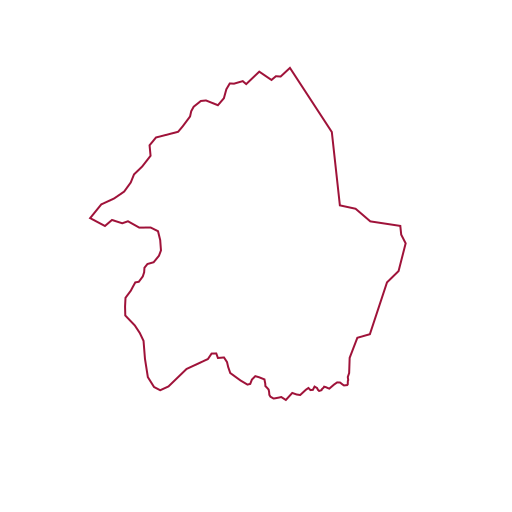 Villa del Carmen, Durazno, Uruguay (Equal Earth projection), rotated 220°
{"feature_id": "84410073B65013252614734", "entity_name": "Villa del Carmen", "entity_type": "district", "adm_level": 2, "iso_a3": "URY", "parent_name": "Uruguay", "parent_adm1": "Durazno", "projection": "equal_earth", "projection_center": [-55.935, -33.157], "detail": "fine", "context": "isolated", "style": "outline", "palette": "rose", "viewbox_px": 512, "rotation_deg": 220, "n_neighbors": 0, "source": "geoboundaries", "source_scale": "gbopen_adm2", "svg_char_len": 1710}
<svg xmlns="http://www.w3.org/2000/svg" viewBox="0 0 512 512"><g transform="rotate(220 256 256)"><path d="M164.8,371.8L190.7,356.0L210.1,356.2L224.3,348.7L277.6,399.7L350.9,421.9L352.5,409.3L356.3,406.5L357.3,400.8L372.0,399.3L374.0,381.4L378.6,381.4L383.6,373.9L387.0,371.3L385.9,364.7L382.0,356.2L382.1,347.0L394.3,343.0L397.9,339.3L399.7,330.3L398.7,325.3L396.2,320.5L395.5,308.2L395.5,301.1L408.8,282.5L408.7,272.4L401.2,265.0L400.7,251.4L401.9,240.1L399.2,231.8L398.4,220.6L401.7,208.8L407.7,196.1L407.4,178.4L391.0,181.9L389.5,191.0L379.5,195.1L376.4,200.3L363.7,202.7L355.0,210.1L347.0,212.0L339.6,206.6L332.4,199.2L330.5,193.8L330.4,185.4L334.0,180.1L333.9,175.3L331.2,171.6L329.6,167.6L329.2,160.9L331.5,158.2L330.5,153.1L329.6,149.0L329.1,140.1L323.8,133.1L317.9,126.4L304.2,124.9L295.5,122.3L287.6,118.7L275.0,105.9L261.0,93.7L249.9,90.1L243.1,91.6L239.2,99.8L236.6,124.8L226.6,146.2L227.3,152.7L223.8,155.8L219.6,153.4L215.3,157.7L210.0,156.1L206.0,153.1L200.5,149.8L187.8,150.7L179.9,152.0L178.2,154.3L179.7,158.7L179.3,163.5L175.7,165.1L170.2,166.9L166.8,164.1L165.2,162.4L162.4,162.1L160.5,161.8L158.7,160.4L156.5,158.2L154.5,157.5L151.0,158.1L150.2,158.9L147.5,162.2L146.0,164.2L140.6,164.9L140.2,174.4L135.9,176.0L132.8,177.9L131.8,185.7L131.0,188.6L128.1,188.3L126.4,190.0L127.2,193.6L124.4,194.1L122.5,193.3L120.9,193.2L119.6,195.3L119.9,196.4L119.6,198.7L119.8,199.7L118.0,200.5L116.4,200.9L114.6,201.5L113.6,207.6L112.6,211.3L110.3,213.1L107.2,213.2L105.4,213.4L103.2,215.7L103.2,216.6L105.3,219.3L105.6,220.2L107.9,222.3L109.4,226.2L118.8,238.2L125.8,258.5L118.5,269.3L138.7,320.0L137.1,336.1L149.5,361.9L158.5,365.7L164.8,371.8Z" fill="none" stroke="#9f1239" stroke-width="2"/></g></svg>